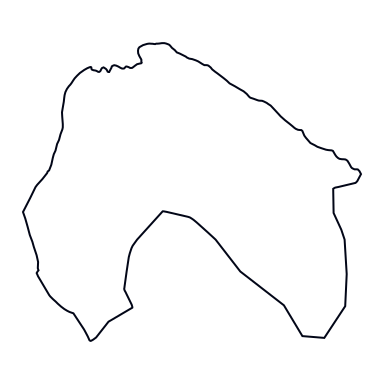 the district of Khounkham, Khammouan, Laos
{"feature_id": "54806243B26229872021267", "entity_name": "Khounkham", "entity_type": "district", "adm_level": 2, "iso_a3": "LAO", "parent_name": "Laos", "parent_adm1": "Khammouan", "projection": "robinson", "projection_center": [104.542, 18.055], "detail": "fine", "context": "isolated", "style": "outline", "palette": "ink", "viewbox_px": 384, "rotation_deg": 0, "n_neighbors": 0, "source": "geoboundaries", "source_scale": "gbopen_adm2", "svg_char_len": 3112}
<svg xmlns="http://www.w3.org/2000/svg" viewBox="0 0 384 384"><path d="M345.2,306.2L346.7,274.1L344.6,239.6L341.3,229.7L333.6,213.0L333.2,188.8L333.9,188.3L335.2,187.6L338.3,187.0L355.5,182.9L356.3,182.2L357.3,181.1L361.0,174.1L359.5,171.2L357.9,169.5L356.9,169.3L354.5,169.3L353.1,168.7L351.9,168.0L351.1,167.1L349.1,163.4L347.4,160.7L345.6,159.5L344.1,159.3L341.7,159.2L339.4,158.8L337.9,157.9L336.4,156.5L335.2,154.8L333.4,151.7L332.9,150.9L331.7,150.4L328.3,150.1L326.0,149.7L321.7,148.3L317.4,146.8L314.7,145.2L312.1,143.9L310.4,143.0L309.1,141.5L305.9,137.8L304.3,135.6L303.3,133.2L302.4,131.0L301.4,130.1L299.8,130.0L298.0,129.8L295.7,128.8L294.2,127.7L292.6,126.3L289.8,124.0L285.1,120.3L280.7,116.4L275.2,110.4L270.7,105.6L268.2,104.0L266.7,102.9L263.9,101.5L262.1,100.8L258.9,100.6L257.5,100.2L253.4,98.7L250.3,97.7L249.1,96.7L246.8,94.0L243.6,91.3L240.0,89.3L234.6,86.1L229.6,83.4L226.8,80.7L223.6,78.1L217.3,73.3L215.2,71.8L212.2,69.4L210.7,67.5L208.4,65.6L207.1,65.2L205.6,65.1L204.3,65.1L202.3,64.0L198.2,61.4L195.7,60.3L192.2,59.1L189.2,58.6L186.9,57.5L185.8,56.6L179.6,53.5L176.8,52.4L176.6,52.1L175.6,51.1L175.1,50.4L173.9,49.4L171.9,47.8L171.1,46.8L170.0,45.5L169.1,44.7L167.7,44.1L166.0,43.5L164.2,43.1L162.1,43.1L158.8,43.6L156.1,43.7L155.2,44.1L153.9,44.0L152.9,43.8L149.1,43.6L147.1,43.9L143.1,45.1L141.3,46.1L139.4,47.2L138.4,48.6L138.0,50.7L138.2,53.4L139.4,56.2L141.3,59.5L141.4,60.5L141.3,61.4L141.7,62.7L141.1,63.3L139.5,63.6L137.1,64.2L135.0,65.7L133.6,66.8L132.3,67.8L131.1,68.0L130.0,67.9L128.6,67.1L126.7,66.5L125.9,66.6L125.3,67.2L124.2,68.4L123.1,68.6L121.9,68.5L120.4,67.8L118.4,66.6L116.2,65.6L114.2,65.2L112.7,65.8L111.8,66.4L111.5,67.6L110.0,70.4L109.2,72.0L108.3,72.0L107.6,71.6L106.9,70.1L106.0,69.0L104.3,67.8L103.5,67.4L102.1,68.0L101.5,68.7L100.6,70.6L100.3,71.1L99.3,71.9L98.3,71.9L96.3,70.8L94.8,70.4L93.9,70.3L93.1,70.1L91.9,69.6L91.5,69.0L91.3,67.4L90.8,67.0L89.7,67.2L87.3,68.2L84.3,69.9L79.9,73.0L77.1,75.7L74.7,78.3L73.3,80.3L71.5,83.1L70.3,84.7L68.8,86.3L66.9,89.0L65.4,92.1L64.6,95.1L64.2,98.0L63.8,101.7L62.6,108.7L62.0,112.3L62.2,116.3L62.8,124.1L62.8,127.3L62.4,129.3L60.5,134.3L59.0,140.0L57.1,144.0L55.5,150.6L53.8,154.2L52.8,157.9L51.3,164.8L49.1,170.4L48.2,171.1L47.7,171.5L47.1,173.1L42.3,179.2L37.2,184.8L35.5,187.1L30.1,198.2L23.0,212.0L25.3,218.6L27.6,226.7L29.8,235.0L32.4,241.8L33.8,246.8L36.6,255.2L38.1,262.0L37.8,268.2L38.5,270.4L37.7,271.3L36.7,273.0L36.8,273.6L37.2,274.2L38.0,276.2L49.2,295.1L50.2,296.4L52.9,299.1L55.7,301.6L57.8,303.7L61.2,306.7L64.4,309.1L67.2,310.8L69.6,312.0L73.4,313.3L84.0,329.4L85.8,332.7L87.8,336.5L89.5,340.3L90.1,340.7L90.6,340.9L91.3,340.7L93.1,339.7L96.1,337.5L108.5,321.7L132.3,307.7L132.4,307.2L132.1,306.1L131.7,304.7L125.4,291.8L124.8,290.8L124.4,289.8L124.2,288.8L124.4,287.9L124.5,286.9L126.6,271.7L128.8,257.1L129.8,253.3L131.5,248.2L132.7,245.7L137.1,239.6L162.7,211.3L163.4,211.3L164.6,211.5L166.7,211.9L187.9,216.8L189.8,217.4L191.6,218.5L193.5,219.8L196.4,222.2L207.9,232.5L215.6,239.6L240.3,271.5L283.9,305.3L302.4,336.1L324.3,337.9L345.2,306.2Z" fill="none" stroke="#020617" stroke-width="2"/></svg>